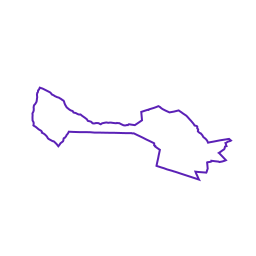 Voitinel, Suceava, Romania, rotated 50°
{"feature_id": "2599482B77271409041849", "entity_name": "Voitinel", "entity_type": "district", "adm_level": 2, "iso_a3": "ROU", "parent_name": "Romania", "parent_adm1": "Suceava", "projection": "natural_earth1", "projection_center": [25.73, 47.865], "detail": "fine", "context": "isolated", "style": "outline", "palette": "violet", "viewbox_px": 256, "rotation_deg": 50, "n_neighbors": 0, "source": "geoboundaries", "source_scale": "gbopen_adm2", "svg_char_len": 4699}
<svg xmlns="http://www.w3.org/2000/svg" viewBox="0 0 256 256"><g transform="rotate(50 128 128)"><path d="M97.2,193.1L96.9,191.6L96.6,190.5L96.3,189.7L96.3,189.0L96.4,187.2L96.4,186.3L96.2,185.9L95.8,185.3L95.3,184.8L94.8,184.2L94.6,183.9L94.6,183.5L94.8,183.1L94.9,182.8L94.8,182.3L94.6,181.1L94.5,180.7L94.3,180.3L94.0,179.8L93.6,177.6L92.8,175.7L95.5,172.8L100.0,167.8L102.9,164.3L106.2,160.5L106.7,159.9L108.1,158.5L110.0,156.6L113.9,152.0L118.7,146.5L121.9,142.7L126.6,137.4L129.1,134.6L131.6,131.7L134.2,128.6L134.8,128.3L135.4,127.6L135.8,127.0L139.4,125.4L142.2,124.1L145.1,122.8L148.7,121.3L151.7,119.9L156.5,117.8L157.5,118.5L158.1,119.1L159.3,118.7L159.6,119.1L162.4,118.4L165.2,117.6L168.8,122.2L170.6,124.4L172.4,126.8L175.3,130.5L175.7,130.3L177.6,129.1L179.7,127.8L181.8,126.4L184.8,124.7L189.5,121.5L190.7,120.8L191.4,120.3L192.0,119.9L194.4,118.4L195.1,118.0L207.3,110.4L213.1,106.8L212.6,106.7L210.6,106.1L208.1,105.4L207.6,105.3L207.1,105.2L204.8,104.4L206.7,102.6L207.6,101.7L211.1,98.1L212.5,96.7L212.3,96.2L210.9,94.0L210.4,93.1L207.8,91.3L205.2,89.5L205.2,89.3L206.8,86.8L207.2,85.7L206.7,85.2L209.6,82.5L212.0,80.2L212.8,79.9L214.3,77.2L215.2,75.0L215.6,73.7L212.2,73.9L207.7,74.2L205.8,74.3L205.5,74.4L205.7,72.7L205.9,69.7L206.1,68.3L206.0,67.8L205.9,67.4L205.0,66.2L204.6,65.6L204.7,65.3L204.9,64.7L205.2,64.2L202.2,63.0L202.5,62.4L202.5,61.7L202.7,60.1L203.0,59.5L203.4,58.6L203.6,58.2L203.7,57.8L203.8,57.2L201.3,57.6L200.8,58.4L199.7,60.3L198.9,61.6L196.5,65.6L193.4,71.2L191.4,74.7L190.7,76.1L190.4,76.0L189.5,75.8L189.2,75.7L188.5,75.5L187.9,75.5L187.7,75.5L187.0,75.5L186.5,75.5L185.9,75.6L185.6,75.6L184.8,75.8L183.8,76.0L183.1,76.1L182.8,76.0L181.9,75.8L181.3,75.7L180.7,75.7L180.3,75.7L179.9,75.7L179.4,75.8L179.1,75.7L178.7,75.8L178.4,76.0L178.0,76.2L177.7,76.3L176.0,76.6L175.7,76.6L175.4,76.6L175.1,76.3L174.9,75.9L174.6,75.6L174.4,75.3L174.2,75.2L173.8,75.1L173.2,75.2L172.8,75.2L172.4,74.9L172.2,74.7L171.7,74.2L171.3,74.0L171.1,74.0L170.6,74.2L169.7,74.7L168.9,75.4L166.8,75.1L165.7,75.1L165.2,75.1L164.7,75.1L163.2,75.1L162.8,75.1L161.4,75.2L157.6,75.3L156.4,75.4L156.1,75.4L152.7,76.4L151.2,76.8L150.6,76.9L149.6,77.2L149.3,77.3L148.2,77.6L147.1,77.9L146.4,79.3L145.0,82.2L143.8,84.3L142.7,86.2L138.7,88.1L135.6,89.4L133.2,90.0L132.9,89.9L131.7,90.3L130.8,90.7L130.0,93.2L129.1,95.6L127.4,99.5L127.2,100.0L127.4,100.6L127.2,100.9L127.0,101.0L126.8,101.1L126.4,102.0L125.7,103.7L124.2,107.5L126.2,108.9L131.1,112.3L130.6,117.3L130.2,120.9L128.0,122.9L125.7,124.9L125.7,126.3L125.4,126.5L125.1,126.7L125.0,126.9L124.6,127.9L124.3,128.4L123.6,129.2L122.8,129.8L120.6,130.8L118.9,131.5L118.5,131.7L117.9,132.5L117.3,133.0L117.0,133.2L116.8,133.9L116.4,134.4L114.7,136.0L113.5,137.1L113.1,137.4L112.2,138.4L111.4,139.7L111.1,140.0L110.2,140.7L109.8,141.1L109.2,142.1L108.5,143.4L108.0,144.3L107.8,144.8L107.7,145.2L107.6,146.5L106.9,146.9L106.0,147.2L105.3,147.5L105.1,147.7L104.7,148.1L104.1,148.8L103.6,149.3L103.5,149.6L103.1,150.5L102.6,151.1L102.3,151.4L102.1,151.8L101.2,152.2L100.5,152.1L100.0,152.2L99.4,152.3L99.0,152.6L98.1,153.1L97.2,153.9L96.6,154.2L95.7,154.0L95.3,154.0L94.7,153.9L94.4,154.0L94.0,154.1L92.1,154.5L91.1,154.8L90.3,155.0L89.2,155.3L88.2,155.5L87.4,155.6L87.1,155.7L86.8,156.0L86.5,156.5L86.3,156.8L86.1,156.9L85.7,157.2L85.2,157.5L84.5,157.8L83.4,158.2L83.0,158.4L82.4,158.8L81.7,159.4L81.0,159.8L80.1,159.6L79.7,159.5L79.4,159.6L79.1,159.7L78.5,160.1L78.0,160.4L77.5,160.6L76.7,160.9L75.5,161.2L74.4,161.4L72.7,161.7L71.6,161.5L71.1,161.4L70.5,161.4L70.3,161.3L70.0,161.2L69.5,161.1L68.4,160.8L68.2,160.7L66.6,160.0L66.2,159.9L65.6,159.8L65.2,159.9L64.8,160.1L64.5,160.3L64.3,160.3L64.1,160.3L63.8,160.3L63.4,160.5L62.9,160.6L62.4,160.7L61.8,161.0L60.4,161.4L59.5,162.0L58.6,162.6L57.0,163.3L56.5,163.6L55.2,163.9L53.7,164.6L53.4,164.8L53.2,164.8L52.9,164.7L52.4,164.7L51.7,164.7L51.1,164.7L50.4,164.9L49.4,165.3L43.1,168.0L42.2,168.5L41.3,169.1L40.4,169.6L40.8,170.6L41.0,170.8L41.2,171.1L41.3,171.3L41.4,172.0L41.4,172.3L41.4,172.7L41.5,172.8L41.8,173.1L42.2,173.5L42.5,173.9L42.8,174.4L42.8,174.5L42.8,175.0L43.6,175.9L43.8,176.2L44.5,176.7L46.1,177.8L47.0,178.9L47.1,179.0L47.8,179.7L49.1,181.2L49.3,181.8L49.8,183.1L50.0,183.9L50.1,185.0L50.3,185.5L50.6,186.0L50.8,186.2L51.6,187.1L52.5,187.7L53.1,188.2L54.0,189.0L54.8,190.3L55.3,191.6L55.6,192.0L56.7,192.7L58.3,194.2L60.8,196.2L61.4,196.4L62.3,196.5L63.5,197.0L64.7,198.1L65.2,198.8L66.5,198.5L67.3,198.1L67.7,198.0L69.2,197.7L71.6,197.3L74.4,196.3L74.8,196.3L75.8,196.5L76.2,197.0L78.0,196.2L79.7,195.8L82.0,195.6L83.6,195.8L84.3,196.0L85.1,195.9L85.5,195.8L89.6,194.2L90.4,193.5L91.4,193.3L94.5,193.0L97.2,193.1Z" fill="none" stroke="#5b21b6" stroke-width="2"/></g></svg>